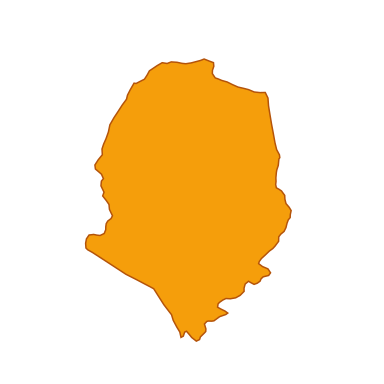 outline of Örnsköldsvik, Västernorrland, Sweden, rotated 233°
{"feature_id": "70781695B95877755672969", "entity_name": "Örnsköldsvik", "entity_type": "district", "adm_level": 2, "iso_a3": "SWE", "parent_name": "Sweden", "parent_adm1": "Västernorrland", "projection": "albers", "projection_center": [18.104, 63.556], "detail": "fine", "context": "isolated", "style": "filled", "palette": "amber", "viewbox_px": 384, "rotation_deg": 233, "n_neighbors": 0, "source": "geoboundaries", "source_scale": "gbopen_adm2", "svg_char_len": 2161}
<svg xmlns="http://www.w3.org/2000/svg" viewBox="0 0 384 384"><g transform="rotate(233 192 192)"><path d="M82.5,95.7L82.1,98.3L84.5,101.8L84.1,103.8L79.3,104.1L76.0,104.2L70.3,105.7L69.6,109.2L71.2,111.5L71.9,116.8L72.3,119.0L74.3,120.7L79.1,122.5L79.7,126.0L79.1,127.4L77.0,130.0L75.9,132.0L75.8,139.1L73.8,145.3L73.8,147.7L77.1,146.7L81.0,144.7L84.6,143.1L86.9,145.4L87.3,147.4L87.2,151.4L86.5,155.0L83.7,158.3L81.2,163.2L80.5,168.3L81.3,173.8L83.9,175.7L86.5,179.1L86.7,183.4L84.3,184.4L80.9,186.0L79.9,189.1L79.8,192.6L81.1,194.9L81.4,197.8L79.2,203.0L80.2,206.1L84.9,206.4L90.1,203.4L94.7,202.1L96.0,203.9L97.1,207.4L97.6,212.7L98.3,218.4L98.2,222.4L98.8,225.7L100.5,231.5L104.0,234.3L104.9,237.5L105.1,241.8L107.0,245.6L109.8,249.0L111.8,252.1L112.5,255.0L114.8,256.9L117.5,260.0L121.3,260.4L126.2,260.1L130.4,261.9L133.5,264.0L139.0,264.1L141.6,263.2L144.6,261.9L147.6,263.3L149.8,265.4L152.8,267.5L156.9,271.2L158.6,273.0L161.3,276.9L166.0,281.2L166.6,282.8L167.3,283.2L169.1,284.2L174.9,285.1L181.4,287.9L189.5,292.0L198.2,296.3L207.6,301.2L214.8,305.0L221.3,309.2L227.4,310.4L230.4,306.2L234.4,301.9L239.7,298.8L243.6,295.7L248.1,291.9L253.5,288.9L258.7,286.3L263.2,282.9L267.0,280.7L269.1,279.2L274.3,279.5L276.9,281.6L279.3,285.1L282.4,287.0L286.0,284.7L290.9,281.7L292.0,277.8L295.6,269.0L298.2,264.2L300.8,261.4L304.6,258.1L308.4,253.7L309.6,249.5L313.2,246.0L313.9,240.3L314.4,230.9L312.5,226.8L310.7,221.9L311.6,216.9L312.3,212.7L313.8,211.2L310.9,204.4L308.2,198.8L305.5,195.5L303.5,188.8L300.5,180.6L298.3,174.4L295.1,166.9L290.2,161.3L286.3,155.4L283.4,150.2L280.5,146.0L275.7,142.8L274.2,136.6L272.0,130.7L268.5,128.7L264.0,129.7L260.7,130.4L256.0,129.3L255.2,126.2L253.6,124.7L251.7,123.0L244.8,121.6L242.6,118.3L236.8,118.4L232.0,118.2L227.8,115.6L224.5,114.9L220.9,114.2L219.5,111.4L219.5,107.2L218.3,104.4L216.2,102.3L213.8,100.4L211.7,96.9L212.6,92.4L214.9,90.0L217.3,87.9L219.6,83.9L218.1,79.5L215.1,76.2L211.1,73.6L208.7,73.9L203.4,76.2L181.1,84.3L166.1,89.7L155.3,95.0L147.2,98.8L142.8,100.9L137.8,103.2L118.8,101.7L106.3,101.8L100.9,99.8L93.4,98.6L87.5,98.0L82.5,95.7Z" fill="#f59e0b" stroke="#b45309" stroke-width="1.5"/></g></svg>